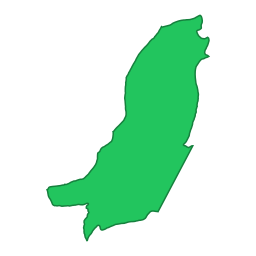 Gurupá, Pará, Brazil
{"feature_id": "56859067B80608468875701", "entity_name": "Gurupá", "entity_type": "district", "adm_level": 2, "iso_a3": "BRA", "parent_name": "Brazil", "parent_adm1": "Pará", "projection": "robinson", "projection_center": [-51.641, -1.114], "detail": "fine", "context": "isolated", "style": "filled", "palette": "green", "viewbox_px": 256, "rotation_deg": 0, "n_neighbors": 0, "source": "geoboundaries", "source_scale": "gbopen_adm2", "svg_char_len": 5787}
<svg xmlns="http://www.w3.org/2000/svg" viewBox="0 0 256 256"><path d="M161.5,26.6L160.4,28.8L159.8,29.7L159.3,30.4L158.9,31.4L158.0,32.9L157.0,33.9L155.7,35.7L155.2,36.2L154.8,36.6L154.5,37.2L154.2,37.7L154.0,38.0L153.0,38.8L152.4,39.0L152.0,39.3L150.5,40.8L150.0,41.3L148.4,43.5L146.6,45.6L144.7,47.4L144.0,48.2L142.7,49.7L142.1,50.3L138.7,54.6L138.0,55.9L136.4,58.7L135.3,61.1L134.9,61.7L134.0,63.2L133.4,64.1L132.7,65.5L132.2,66.3L131.4,68.0L130.4,69.7L130.2,70.3L129.4,71.7L129.0,72.3L128.7,72.8L128.1,74.5L127.7,75.0L127.0,76.0L126.2,77.7L126.3,79.3L126.1,80.2L126.1,80.7L126.1,81.2L125.8,82.0L125.7,82.9L125.8,83.5L125.7,85.3L125.6,85.8L125.4,86.8L125.3,88.9L125.3,91.9L125.5,92.9L125.2,94.3L125.0,95.5L124.8,97.5L124.7,98.0L125.1,100.9L125.3,103.6L125.5,106.1L125.6,106.8L125.5,107.4L125.5,108.0L125.6,109.6L125.9,110.7L126.1,112.0L126.1,114.6L125.9,115.7L125.8,116.2L125.3,117.2L124.2,119.4L124.1,119.9L123.5,120.7L122.8,121.5L121.8,122.5L120.6,123.8L118.6,125.9L117.5,126.9L116.4,128.0L115.0,129.6L114.0,130.9L113.7,131.3L113.0,131.7L113.2,132.2L113.2,132.7L113.2,133.6L113.2,134.4L113.0,136.2L112.9,137.2L112.5,139.0L112.0,140.4L111.5,141.4L111.0,141.8L110.4,142.2L109.0,143.4L107.9,144.3L105.8,145.5L105.5,145.8L104.1,146.7L103.5,147.0L102.8,147.2L101.8,148.0L101.4,148.3L100.7,149.4L100.0,151.0L99.6,151.7L99.0,152.2L98.4,152.5L97.9,153.0L97.7,153.5L97.6,154.4L97.5,156.2L97.5,156.8L97.5,158.9L97.2,159.9L96.7,161.4L96.6,162.3L96.3,163.0L95.6,164.6L94.8,165.8L94.2,166.7L93.5,167.7L91.9,169.6L91.1,170.5L89.9,172.1L89.4,172.7L88.8,173.7L88.4,174.2L85.7,176.7L85.2,177.3L83.9,178.4L83.4,178.8L81.6,179.3L80.2,179.3L79.8,179.4L77.2,180.2L76.3,180.6L75.7,180.9L74.4,181.0L73.6,181.1L72.3,181.7L71.9,181.9L71.4,182.0L70.8,182.3L70.2,182.7L68.9,183.5L68.0,183.8L66.6,184.4L65.9,184.5L64.8,184.3L64.5,184.7L63.3,185.1L62.4,185.1L60.4,185.6L55.7,186.2L52.4,186.5L50.0,186.9L49.3,187.2L48.8,187.6L48.5,188.2L47.8,189.3L47.0,189.7L47.2,190.2L47.5,191.0L47.8,192.3L47.9,193.2L48.2,194.9L48.4,195.9L48.7,196.6L49.0,197.3L49.3,197.9L49.7,198.3L50.8,200.2L51.5,201.7L52.0,202.9L52.3,203.8L52.7,204.5L53.1,204.9L53.7,205.3L54.2,205.5L54.7,205.7L55.6,205.6L57.1,205.9L58.0,205.7L59.9,205.6L60.4,205.8L61.2,206.1L62.0,206.2L62.7,206.2L63.4,206.1L64.3,206.0L64.7,206.0L65.6,205.9L66.1,205.9L67.0,205.8L67.5,205.7L68.8,205.8L69.3,206.0L70.9,205.7L72.6,205.3L73.2,205.3L74.5,205.1L75.2,205.1L75.7,205.0L76.1,204.9L76.6,204.8L77.9,204.5L78.7,204.4L79.4,204.5L79.9,204.6L80.4,204.7L81.4,204.8L81.9,204.7L82.7,204.8L83.1,204.7L83.9,204.5L85.5,203.9L86.0,203.6L86.5,203.4L87.8,203.3L88.3,203.6L88.3,204.4L88.0,204.8L87.4,205.3L86.8,205.8L86.4,206.6L86.3,207.4L86.3,208.1L87.1,208.5L87.7,208.9L88.0,209.4L88.0,210.3L88.1,211.2L88.5,211.7L88.9,212.3L88.7,212.8L88.3,213.4L87.9,213.8L87.7,214.2L87.4,215.0L87.3,215.5L87.4,216.4L87.2,216.9L86.8,217.3L86.3,218.0L85.4,218.9L84.8,219.8L84.1,220.9L84.1,221.9L84.1,222.7L84.3,223.2L84.4,223.7L84.5,224.3L84.4,224.9L84.1,225.4L83.9,226.1L83.9,226.6L83.6,227.6L83.6,228.0L83.8,228.5L84.1,230.0L84.0,231.4L84.2,233.3L84.8,234.5L84.9,235.7L85.1,236.5L85.2,237.1L85.4,237.5L86.4,239.3L86.7,240.2L86.9,240.6L87.3,240.5L87.9,238.3L88.9,236.3L89.2,235.9L90.1,234.7L90.8,234.0L91.2,233.5L92.0,232.2L92.8,230.6L93.3,230.1L93.8,229.4L94.3,228.9L94.9,228.1L95.3,227.8L95.6,227.5L96.3,226.9L96.9,226.1L97.6,225.5L98.1,225.4L98.7,225.3L99.4,225.7L99.9,226.3L100.4,228.6L100.6,229.1L101.1,229.7L101.8,230.0L102.5,230.0L103.2,229.8L104.4,229.4L105.1,229.1L105.9,228.7L106.6,228.1L108.8,227.4L109.5,227.0L110.6,226.5L111.1,226.3L112.0,225.9L112.5,225.8L115.6,224.4L118.5,224.0L119.5,223.8L121.7,223.4L122.3,223.4L124.1,223.3L126.3,222.7L128.0,222.1L128.7,222.0L129.6,221.8L131.5,221.6L132.6,221.6L134.8,221.4L136.1,221.0L137.3,220.8L138.2,220.6L139.0,220.3L140.0,220.3L141.1,220.1L142.0,219.9L142.9,219.7L143.9,219.2L145.1,218.4L145.5,218.0L146.0,217.3L146.8,215.8L147.1,215.4L147.5,214.6L148.0,214.2L149.1,213.0L149.5,212.5L149.9,212.1L150.5,211.6L151.5,211.2L152.0,211.1L152.6,211.0L154.3,211.1L155.1,211.3L156.8,211.5L157.4,211.5L158.0,211.7L192.8,145.8L192.2,145.8L191.5,146.0L188.8,147.6L187.1,147.0L186.4,146.6L186.0,146.2L185.6,145.9L184.4,145.7L184.0,145.5L183.4,144.9L183.7,144.3L184.0,143.9L185.2,142.8L186.1,141.7L187.5,139.1L187.8,138.5L188.7,136.7L189.1,135.9L189.4,134.3L189.4,133.8L189.6,133.2L190.6,129.9L191.5,127.8L191.7,127.0L192.1,125.8L192.5,124.4L192.7,122.6L192.8,122.1L193.0,121.6L193.3,121.0L193.7,120.1L194.1,119.3L194.2,118.6L195.1,116.2L195.2,115.7L195.3,114.0L196.0,112.7L196.2,112.0L196.1,110.7L196.1,109.4L196.7,107.8L196.8,107.2L197.2,106.4L197.0,104.8L197.2,104.0L197.3,102.9L197.5,102.1L198.0,100.8L198.0,100.2L198.0,99.7L198.2,98.7L198.1,97.0L198.4,94.9L198.4,94.1L198.3,93.5L197.9,91.5L197.8,90.3L197.6,89.3L197.2,87.2L196.6,85.3L196.3,84.7L195.9,83.0L195.3,77.8L195.1,74.5L195.2,71.3L195.5,69.0L195.9,67.3L196.1,66.6L197.0,65.2L199.0,62.1L199.9,60.9L201.0,59.7L201.4,59.4L202.5,58.9L203.1,58.8L203.8,58.7L204.8,58.1L205.8,57.6L206.2,57.5L206.7,57.4L207.5,57.1L208.8,56.4L208.0,55.7L207.4,55.3L206.1,54.9L205.5,54.4L205.2,54.1L204.8,53.3L204.7,52.8L204.7,52.3L205.0,50.6L205.2,50.0L206.0,48.7L206.8,46.7L207.4,45.8L208.1,43.8L209.0,40.7L208.9,39.5L208.6,38.2L207.6,37.3L205.6,38.4L204.6,38.8L203.0,38.6L201.8,38.4L200.9,37.9L199.7,36.8L198.6,35.8L197.6,34.0L197.1,32.8L196.7,31.7L196.8,31.0L197.2,30.6L197.6,30.3L199.5,29.7L201.0,28.6L201.3,28.1L201.3,27.2L201.1,25.8L201.3,24.7L201.5,24.0L202.1,22.7L202.3,20.8L201.9,18.2L201.3,16.4L200.3,15.4L199.7,15.4L198.9,15.8L196.1,17.3L194.6,18.2L192.8,18.8L189.9,19.6L188.2,19.7L186.3,19.8L185.1,20.0L184.0,20.0L181.1,20.4L179.5,20.8L178.3,21.1L175.2,22.2L173.4,23.0L172.6,23.4L171.2,24.5L170.0,25.1L167.4,25.8L162.2,27.1L161.5,26.6Z" fill="#22c55e" stroke="#15803d" stroke-width="1.5"/></svg>